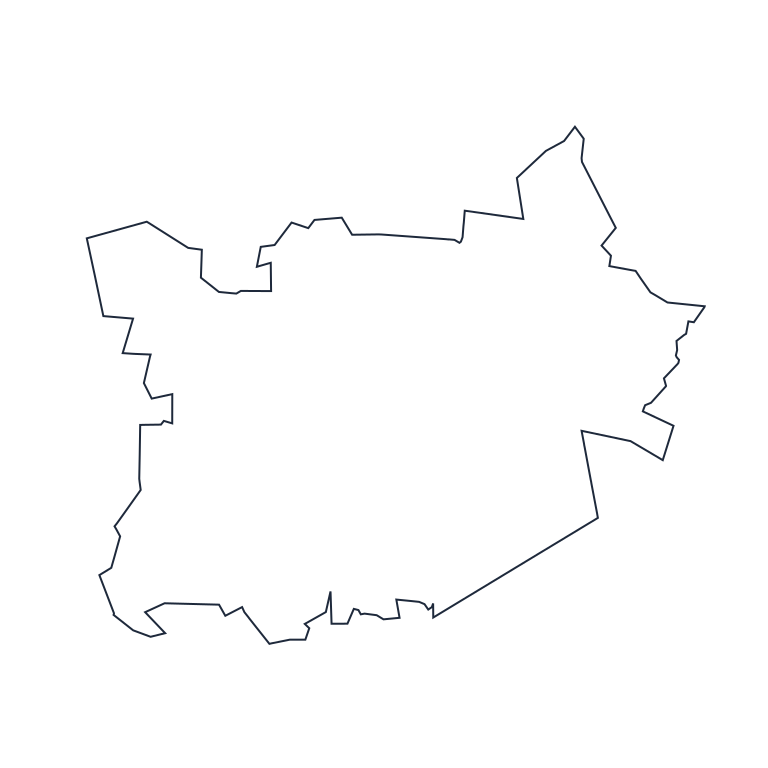 the district of Moctezuma, Sonora, Mexico, rotated 6°
{"feature_id": "50627088B96835442150704", "entity_name": "Moctezuma", "entity_type": "district", "adm_level": 2, "iso_a3": "MEX", "parent_name": "Mexico", "parent_adm1": "Sonora", "projection": "equal_earth", "projection_center": [-109.717, 29.748], "detail": "fine", "context": "isolated", "style": "outline", "palette": "slate", "viewbox_px": 768, "rotation_deg": 6, "n_neighbors": 0, "source": "geoboundaries", "source_scale": "gbopen_adm2", "svg_char_len": 2153}
<svg xmlns="http://www.w3.org/2000/svg" viewBox="0 0 768 768"><g transform="rotate(6 384 384)"><path d="M520.7,135.2L494.6,165.2L505.3,205.3L446.2,203.2L446.5,215.1L446.5,218.6L446.8,229.8L445.6,234.4L444.3,235.7L439.1,233.3L433.3,233.4L433.2,233.4L433.1,233.5L430.4,233.5L365.2,235.6L363.0,235.8L361.1,236.0L336.7,238.9L324.6,223.0L297.7,228.1L292.4,236.9L275.2,233.1L260.7,257.2L247.1,260.5L245.3,280.7L256.4,276.2L258.7,275.3L258.8,276.1L261.9,302.6L262.0,303.4L231.9,306.4L227.7,309.5L223.0,309.6L210.2,309.7L190.8,297.4L189.6,280.5L188.8,269.5L175.0,269.1L133.2,248.4L131.1,247.4L73.2,270.2L85.2,306.8L97.8,345.8L127.6,345.2L120.9,380.6L131.3,380.2L133.1,380.1L148.8,379.1L148.4,381.3L145.1,408.2L154.5,422.8L174.5,416.2L177.5,445.3L168.9,443.7L166.4,447.7L150.5,449.6L145.8,450.2L148.4,479.4L150.5,503.9L151.2,507.0L153.1,514.8L140.1,537.9L132.9,550.6L130.9,553.7L132.9,556.4L137.5,563.1L133.7,585.6L132.9,590.1L132.0,595.3L130.6,596.4L120.9,603.8L139.4,640.2L139.4,640.8L139.2,641.9L160.3,655.2L178.3,659.8L192.4,654.7L170.3,635.9L188.7,625.0L243.0,620.7L250.4,631.1L266.2,620.7L269.0,625.5L273.9,630.5L274.3,631.0L282.3,639.2L283.0,639.9L297.2,654.4L299.5,653.6L317.1,648.1L332.5,646.5L335.2,634.7L330.3,630.9L350.0,616.9L352.5,595.9L356.9,627.9L372.7,626.2L377.5,610.8L382.2,611.5L385.0,615.5L388.7,614.4L400.9,614.7L408.1,618.1L423.9,614.9L418.8,597.1L433.6,597.0L441.7,597.0L447.3,598.7L451.6,603.7L454.9,600.9L455.8,597.1L457.4,611.1L559.5,533.6L610.7,494.8L609.7,491.4L609.5,490.6L600.6,461.0L600.2,459.5L599.7,458.0L590.1,425.7L589.6,424.2L589.2,422.6L585.4,409.9L633.7,414.9L635.1,415.0L669.2,430.6L676.3,395.3L644.3,384.2L644.9,381.3L645.9,377.8L651.5,374.8L664.6,356.8L664.7,356.4L661.8,349.1L673.9,333.4L674.6,332.2L674.9,329.2L672.3,326.8L671.3,325.1L672.0,319.6L670.4,310.6L677.3,303.9L679.2,302.5L680.2,289.9L685.7,290.2L694.6,274.1L694.8,273.2L689.1,273.2L657.4,273.3L644.8,267.4L639.4,265.0L628.6,252.6L622.4,245.2L619.3,245.0L595.8,243.2L596.3,232.7L585.9,223.6L598.2,204.5L591.3,194.0L561.5,148.3L557.7,142.5L556.9,138.8L557.0,119.2L547.0,108.2L537.7,123.5L520.7,135.2Z" fill="none" stroke="#1e293b" stroke-width="2"/></g></svg>